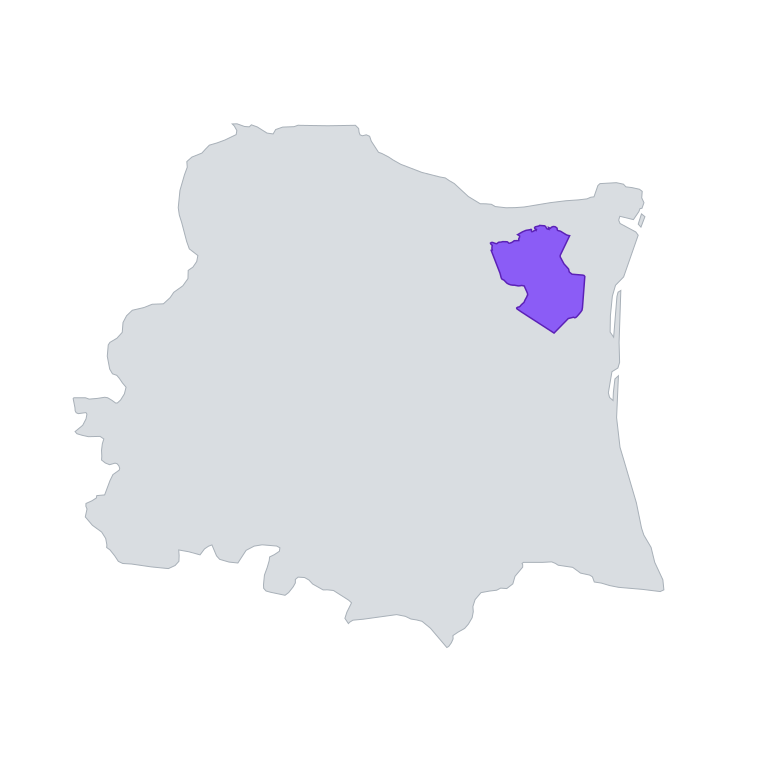 Ivory Coast, with Agnéby highlighted, rotated 278°
{"feature_id": "CIV-3451", "entity_name": "Agnéby", "entity_type": "Department", "adm_level": 1, "iso_a3": "CIV", "parent_name": "Ivory Coast", "parent_adm1": "", "projection": "natural_earth1", "projection_center": [-3.837, 6.123], "detail": "fine", "context": "in_parent", "style": "filled", "palette": "violet", "viewbox_px": 768, "rotation_deg": 278, "n_neighbors": 0, "source": "natural_earth", "source_scale": "10m", "svg_char_len": 5498}
<svg xmlns="http://www.w3.org/2000/svg" viewBox="0 0 768 768"><g transform="rotate(278 384 384)"><path d="M183.5,132.1L186.0,132.0L192.3,129.9L198.1,125.0L203.5,114.9L210.8,106.7L218.9,107.3L221.4,105.8L224.2,105.5L227.6,110.9L231.1,115.0L233.5,115.1L235.3,122.8L250.2,126.1L256.6,128.2L261.9,133.8L263.8,134.0L266.1,132.8L267.9,130.8L268.2,128.7L265.9,123.5L267.0,119.0L269.4,114.9L273.2,114.6L279.0,113.5L285.6,113.4L290.6,114.2L292.6,110.1L290.7,98.6L291.2,92.2L292.0,86.9L293.9,84.7L301.2,91.4L308.0,93.8L312.8,94.0L314.2,92.8L312.1,85.4L312.7,83.2L314.5,81.9L317.7,81.2L326.3,78.2L327.2,78.8L328.8,90.4L328.0,94.1L329.8,102.0L332.0,109.3L331.9,112.3L330.0,116.8L327.8,120.9L328.1,122.6L331.5,125.4L338.1,128.3L344.9,129.0L348.7,124.8L352.6,121.3L355.4,118.2L356.3,113.7L360.6,110.3L373.0,106.1L384.3,105.5L387.1,106.8L392.2,113.2L398.7,117.6L408.6,117.0L415.8,119.6L422.0,124.5L426.2,135.4L430.7,143.3L432.7,154.4L439.9,160.3L445.5,163.0L453.2,171.1L461.1,175.2L469.3,174.3L473.1,178.5L479.2,181.5L485.3,181.8L490.7,172.4L497.8,168.7L515.7,161.2L522.8,157.8L530.0,155.7L547.3,155.0L563.4,157.3L571.3,159.0L576.8,157.8L582.0,162.2L587.3,171.5L591.7,174.5L596.2,177.8L599.5,185.1L603.4,192.4L605.6,195.7L610.4,202.9L614.5,203.0L618.6,199.9L620.4,197.5L621.2,202.3L619.6,210.0L619.9,214.8L622.2,216.6L620.9,222.8L616.2,233.2L616.2,239.4L620.9,241.3L624.3,247.9L626.3,259.1L628.3,262.9L628.5,265.2L631.9,292.4L636.2,319.7L633.5,323.3L629.8,324.3L627.4,325.6L626.8,328.1L628.3,331.8L627.3,335.3L622.7,337.6L612.7,346.3L612.0,349.7L609.4,357.1L607.2,361.6L603.9,370.0L598.8,392.1L596.8,410.4L596.6,416.0L594.6,420.0L592.3,425.7L581.4,441.4L575.9,454.2L576.6,459.8L576.9,465.4L575.2,469.4L575.5,480.3L576.9,489.3L578.8,498.2L586.7,523.4L590.8,538.7L593.4,551.0L595.6,559.3L597.7,562.7L598.6,565.9L610.3,568.2L612.5,570.0L615.7,586.1L615.2,593.3L612.9,596.1L613.0,602.2L612.4,609.9L610.7,612.9L604.2,613.3L599.7,616.2L593.9,615.0L593.3,613.1L590.2,612.4L581.5,608.1L582.9,594.2L578.9,593.6L575.8,595.4L569.6,612.2L566.7,615.0L523.4,606.4L514.0,599.5L502.7,597.9L483.1,598.7L466.9,600.7L462.3,604.9L503.1,602.5L507.5,603.0L509.6,605.5L457.9,611.0L438.2,614.3L432.4,613.4L427.9,608.0L406.5,607.4L402.1,609.2L399.5,613.1L407.9,612.3L421.2,612.0L424.8,615.0L383.1,619.0L354.2,626.5L342.0,632.1L301.6,650.4L277.1,659.1L270.6,662.3L259.4,671.2L245.1,676.9L228.9,687.4L219.1,689.8L216.9,686.4L216.6,668.6L215.3,644.7L215.8,635.6L217.1,627.0L217.2,619.8L222.1,617.2L223.4,614.2L224.1,604.9L228.7,596.4L228.8,581.7L230.2,578.7L231.2,574.8L229.3,565.1L226.8,546.9L225.5,545.7L224.4,546.5L221.9,546.8L211.8,540.5L204.0,539.4L198.5,534.0L198.1,527.9L195.5,524.3L193.6,517.2L190.9,509.1L183.2,504.2L176.0,503.0L170.9,504.1L164.8,503.8L158.0,501.0L153.2,497.9L148.7,492.0L144.5,487.3L141.2,487.9L137.1,486.7L133.1,484.6L131.8,482.9L148.6,464.0L154.3,454.7L154.9,449.1L155.0,443.4L156.9,437.5L157.4,428.6L148.2,396.2L145.8,386.1L143.4,383.2L141.8,382.1L146.5,377.9L152.9,379.0L162.8,382.3L165.0,379.1L172.5,362.7L172.3,356.6L171.6,352.4L176.0,341.2L179.5,336.9L181.3,332.2L180.8,325.8L178.1,323.4L174.7,323.9L170.5,322.3L164.2,318.6L161.0,315.4L162.0,300.6L162.6,296.0L164.9,293.3L168.4,292.6L178.2,292.2L186.1,293.9L193.1,294.9L196.8,294.8L199.8,299.2L203.8,303.7L207.3,303.7L208.6,300.3L207.8,285.7L205.4,278.0L200.1,270.6L186.4,264.2L186.1,255.3L187.5,245.7L190.5,242.1L200.7,236.0L198.9,232.7L195.7,229.2L189.2,225.6L190.7,214.1L191.1,203.8L185.6,205.0L179.9,205.6L175.2,202.4L171.2,196.2L170.5,179.0L170.6,159.1L169.9,150.3L171.4,145.6L176.3,141.3L181.6,135.7L183.5,132.1ZM588.3,615.3L586.0,619.1L575.1,616.6L577.7,613.5L588.3,615.3Z" fill="#d9dde1" stroke="#a8b0b8" stroke-width="1"/><path d="M500.6,509.2L500.7,507.8L500.7,506.6L500.6,506.0L500.2,505.1L499.8,503.1L499.9,502.1L499.9,501.0L500.0,499.9L500.0,499.3L499.8,497.7L499.8,497.1L499.8,495.8L500.2,493.7L500.9,491.8L501.4,491.1L503.5,488.4L503.8,487.7L504.0,487.0L504.1,486.5L504.6,485.9L505.4,485.3L509.8,483.5L531.3,471.5L531.8,472.6L532.9,472.1L534.1,471.9L535.9,471.9L536.3,471.9L537.5,470.3L538.3,469.8L539.1,470.6L539.3,471.8L538.7,474.6L538.6,475.8L538.9,476.5L540.0,477.4L540.3,477.8L540.5,478.5L540.8,480.1L541.1,480.8L541.5,481.7L542.0,486.0L541.8,486.7L541.4,487.2L541.0,487.7L540.8,488.0L540.9,488.7L541.1,489.3L541.4,489.7L541.5,490.0L541.8,490.6L543.4,492.5L544.0,492.9L544.8,497.5L546.6,497.2L548.2,497.8L549.5,497.7L550.5,495.5L554.0,500.0L555.9,503.2L557.1,507.1L557.6,508.0L557.5,508.5L555.9,508.7L555.4,509.1L555.6,509.9L556.0,510.6L556.4,510.9L557.0,511.9L557.5,513.0L557.3,513.3L558.3,513.5L558.7,511.9L559.6,511.3L560.7,511.9L562.0,515.3L562.7,516.0L563.0,520.9L562.5,522.1L561.3,522.9L560.3,523.9L560.1,525.8L560.6,525.5L561.9,525.1L561.7,525.6L561.5,526.6L561.3,527.1L562.6,528.0L563.5,529.6L563.6,531.5L562.7,533.4L561.9,533.9L561.1,534.0L560.4,534.4L560.1,535.3L560.0,536.6L559.8,537.7L557.2,543.6L556.8,545.3L556.7,547.2L536.0,540.6L535.5,540.6L534.8,540.7L534.1,541.0L528.0,545.5L524.5,549.7L523.5,550.8L522.5,551.2L521.8,551.4L520.6,552.0L518.9,554.9L519.5,565.7L519.4,566.3L519.3,567.0L518.4,567.9L487.2,569.9L484.6,569.8L482.1,568.5L478.2,566.0L476.9,565.0L476.1,563.8L476.5,562.4L474.5,557.4L458.1,545.3L474.4,510.2L476.9,505.2L477.3,504.9L477.8,504.8L478.3,505.3L478.7,505.8L478.9,506.3L479.2,507.2L479.5,507.5L479.8,507.9L480.9,508.5L483.0,510.1L483.6,510.7L483.9,511.0L484.4,511.3L487.2,512.1L490.0,513.2L491.7,513.6L492.1,513.9L493.9,513.4L500.6,509.2Z" fill="#8b5cf6" stroke="#5b21b6" stroke-width="1.5"/></g></svg>